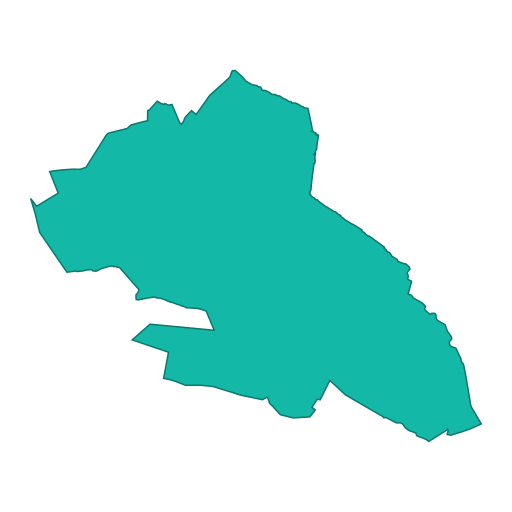 the district of Santa Catarina, Nuevo León, Mexico
{"feature_id": "50627088B93737583284757", "entity_name": "Santa Catarina", "entity_type": "district", "adm_level": 2, "iso_a3": "MEX", "parent_name": "Mexico", "parent_adm1": "Nuevo León", "projection": "natural_earth1", "projection_center": [-100.468, 25.582], "detail": "fine", "context": "isolated", "style": "filled", "palette": "teal", "viewbox_px": 512, "rotation_deg": 0, "n_neighbors": 0, "source": "geoboundaries", "source_scale": "gbopen_adm2", "svg_char_len": 5827}
<svg xmlns="http://www.w3.org/2000/svg" viewBox="0 0 512 512"><path d="M150.0,324.2L132.2,339.9L168.5,352.2L167.0,360.3L163.6,378.4L169.3,379.5L175.6,381.4L185.5,385.3L200.1,385.2L213.1,386.5L241.3,395.3L262.5,399.7L267.1,397.1L268.3,399.3L269.5,403.2L272.9,406.5L280.3,414.7L293.1,417.9L309.8,416.9L315.3,409.9L312.0,407.4L317.2,399.2L320.2,399.8L329.9,380.4L345.5,394.9L363.2,405.2L383.7,417.1L383.5,417.5L383.9,417.9L385.9,417.5L394.6,422.0L397.0,423.0L399.6,422.8L400.9,423.0L402.5,423.9L405.5,428.1L407.3,429.4L408.7,430.4L415.8,433.0L416.7,435.6L419.5,436.9L422.2,437.8L426.3,439.5L428.7,441.5L447.7,429.5L447.9,429.9L448.0,430.4L448.1,430.9L448.1,431.3L447.9,431.8L447.6,432.8L447.4,433.2L447.2,433.9L447.2,434.5L450.9,435.2L461.6,431.9L470.5,428.8L481.3,423.9L471.0,406.4L465.7,375.4L463.9,365.9L463.6,365.1L463.2,363.8L461.6,362.1L460.8,359.6L461.1,359.1L460.5,357.6L459.7,356.3L456.3,348.9L456.1,348.5L455.3,347.9L452.1,346.9L450.3,345.6L449.5,344.1L449.4,342.7L449.9,340.7L450.5,340.2L451.6,339.5L451.6,337.7L450.5,335.4L448.3,332.5L447.4,331.2L446.8,329.4L445.1,324.7L438.4,320.9L437.3,320.1L436.2,318.4L436.0,315.0L435.5,314.0L434.3,313.3L431.9,313.3L430.1,314.3L428.3,312.9L425.3,310.1L424.8,309.4L424.8,308.4L425.4,306.8L425.4,306.2L422.1,302.8L416.9,300.0L413.3,298.0L411.9,295.7L410.0,294.4L408.9,294.5L408.2,294.1L408.2,293.8L411.3,282.7L411.4,281.9L411.5,281.2L408.3,279.5L407.7,279.1L407.7,278.6L408.2,277.0L408.2,276.0L408.1,275.6L407.4,273.9L407.3,272.5L408.7,270.4L409.9,269.3L409.4,267.0L408.5,266.4L407.8,265.6L406.3,264.4L405.3,263.7L403.7,263.6L401.0,262.6L398.1,261.5L397.1,259.5L392.3,256.5L391.5,255.6L391.1,254.7L389.5,252.6L388.2,252.0L386.5,251.2L386.3,250.9L386.4,250.5L386.6,250.2L385.8,249.5L384.2,248.2L384.2,247.8L384.5,247.2L383.6,246.6L369.3,236.1L368.7,236.2L368.3,235.9L368.0,235.9L366.9,235.1L365.8,234.3L363.9,232.2L363.7,232.1L363.1,232.1L362.5,231.7L361.6,230.6L362.0,230.0L359.0,228.0L353.6,224.7L350.5,223.2L346.8,220.8L345.6,220.3L344.7,219.6L343.4,218.3L341.0,216.7L340.7,216.4L340.9,215.8L340.7,215.5L336.9,213.5L336.7,212.9L336.7,212.5L335.1,211.8L334.4,211.6L333.7,211.3L332.5,210.6L327.5,207.4L325.9,206.6L324.7,205.8L323.7,205.0L322.0,203.8L318.1,200.9L318.0,200.4L317.2,199.8L316.9,199.9L316.4,199.7L316.1,199.5L315.4,199.3L315.0,199.0L314.9,198.6L314.6,198.1L311.8,196.6L311.5,196.2L310.6,195.6L310.6,195.0L310.7,194.8L310.5,194.6L310.3,194.2L309.6,193.6L310.9,190.0L311.1,188.5L311.3,185.1L312.5,174.9L313.1,170.8L313.3,169.5L313.5,167.3L313.9,164.5L313.9,163.7L314.7,163.6L315.2,160.3L315.1,160.0L315.1,159.2L315.0,158.9L314.9,157.5L314.7,157.5L315.4,154.0L315.1,154.1L314.8,154.3L314.5,154.3L314.3,154.3L314.4,154.2L314.8,153.4L315.4,152.6L315.5,151.0L316.1,150.0L316.4,149.5L316.7,149.0L316.7,148.2L316.8,147.3L317.3,142.7L317.6,141.0L317.7,140.2L317.8,139.5L318.0,138.4L318.5,135.3L318.1,135.0L317.8,135.0L317.8,135.5L317.4,135.4L317.3,135.1L317.1,134.4L316.6,134.3L316.4,134.4L316.2,134.4L315.8,134.4L316.0,133.4L316.0,133.2L315.4,132.9L314.7,132.7L314.0,132.2L313.8,132.0L313.4,131.7L312.9,131.6L313.0,131.2L312.9,131.1L312.7,131.0L312.4,130.9L312.1,130.9L312.6,130.6L312.5,130.1L311.4,124.5L308.0,108.4L306.8,108.2L305.0,107.9L304.2,107.6L303.9,107.7L303.6,107.3L303.2,106.9L302.4,106.6L301.7,106.4L299.7,105.1L297.0,103.6L296.2,103.4L295.3,103.0L294.4,103.1L293.9,103.2L293.6,103.0L293.2,102.9L292.7,102.9L291.9,103.0L291.6,102.7L291.4,102.2L291.2,101.9L290.7,101.5L290.2,101.6L289.4,101.6L288.9,101.3L288.0,100.9L286.6,99.9L285.0,99.0L284.0,98.9L282.9,98.2L280.2,96.3L279.4,95.9L278.6,95.9L277.7,95.7L276.6,95.4L275.4,94.5L272.3,94.4L271.8,94.3L271.1,93.7L270.5,93.2L266.6,91.0L264.6,90.4L262.9,90.5L261.7,89.6L261.7,88.9L261.4,88.2L260.6,87.1L258.4,86.6L256.5,85.5L252.5,84.8L248.9,82.9L245.8,81.0L242.6,77.1L235.2,70.5L234.7,70.5L233.4,70.9L232.5,70.6L232.1,71.1L231.9,71.5L231.7,72.0L231.5,72.4L230.3,75.9L229.9,77.0L229.7,77.3L229.3,77.7L228.8,78.2L227.4,79.4L224.9,81.7L223.7,82.8L219.6,86.5L210.3,94.8L209.7,95.4L209.0,96.3L205.0,102.1L204.4,102.9L204.3,103.0L196.6,113.8L196.1,114.5L191.5,110.6L189.6,112.6L186.0,116.4L185.1,117.5L184.7,118.3L184.3,119.4L183.5,121.4L183.1,121.9L182.5,122.9L181.4,124.3L181.2,123.9L180.6,123.5L180.5,123.4L180.2,123.3L179.9,123.3L172.0,104.5L171.6,104.8L171.3,104.8L171.0,104.7L170.7,104.7L170.0,104.8L169.8,105.1L168.9,105.2L164.9,103.6L163.6,104.4L163.1,104.2L161.8,103.6L161.5,103.7L161.2,103.5L160.9,103.6L159.9,102.8L159.6,102.5L159.5,102.3L158.7,102.3L158.3,102.2L157.6,101.5L157.2,101.2L150.2,109.0L150.1,109.4L150.0,109.5L149.9,109.7L149.8,109.8L149.3,110.0L148.8,110.2L148.6,110.2L148.0,110.5L147.7,110.5L147.5,120.8L147.1,120.8L145.3,121.2L142.1,122.0L140.3,122.5L137.4,123.2L132.1,124.7L131.2,124.9L130.9,125.1L130.5,125.4L129.3,126.5L127.8,127.9L126.9,128.6L126.6,128.8L125.9,129.1L125.7,129.2L125.5,128.9L108.2,133.2L106.4,134.9L86.0,167.3L80.3,169.3L72.2,169.2L62.0,169.9L52.9,171.0L49.7,171.6L58.2,193.1L36.6,206.2L30.7,198.5L35.3,214.1L39.7,232.5L66.9,272.2L70.7,271.7L73.2,271.4L75.4,271.0L75.9,271.2L76.7,271.3L77.9,271.6L78.8,271.4L79.5,271.2L81.2,271.2L83.3,270.8L87.4,269.9L90.7,269.7L92.1,269.9L93.0,270.9L94.6,271.1L96.1,271.2L97.5,270.7L98.5,270.1L100.5,269.0L102.6,268.2L105.0,267.6L107.4,266.9L109.1,266.3L112.2,266.0L113.5,266.5L116.7,266.9L119.6,267.6L138.8,289.5L138.6,290.9L138.2,292.1L137.5,293.0L136.9,293.9L136.0,294.8L136.0,296.1L136.0,297.6L136.2,299.5L137.8,299.8L138.7,299.8L140.4,299.4L141.8,299.2L143.8,298.8L145.4,298.5L147.7,298.0L150.3,297.6L152.0,297.4L153.1,297.1L155.0,297.3L156.3,297.7L157.2,298.0L159.4,298.1L161.0,298.5L163.2,299.1L165.7,300.0L167.5,301.0L170.0,302.0L171.7,302.3L173.8,303.0L176.6,304.1L179.0,304.7L181.4,305.8L184.1,306.5L186.4,307.7L197.2,308.4L200.9,309.2L206.2,311.1L214.2,330.3L150.0,324.2Z" fill="#14b8a6" stroke="#0f766e" stroke-width="1.5"/></svg>